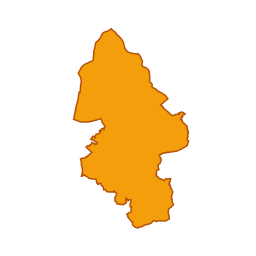 Mintiu Gherlii, Cluj, Romania, rotated 73°
{"feature_id": "2599482B84488457525620", "entity_name": "Mintiu Gherlii", "entity_type": "district", "adm_level": 2, "iso_a3": "ROU", "parent_name": "Romania", "parent_adm1": "Cluj", "projection": "mercator", "projection_center": [23.941, 47.068], "detail": "fine", "context": "isolated", "style": "filled", "palette": "amber", "viewbox_px": 256, "rotation_deg": 73, "n_neighbors": 0, "source": "geoboundaries", "source_scale": "gbopen_adm2", "svg_char_len": 5947}
<svg xmlns="http://www.w3.org/2000/svg" viewBox="0 0 256 256"><g transform="rotate(73 128 128)"><path d="M143.7,182.4L147.3,182.6L149.2,183.3L152.0,183.4L155.8,184.0L156.5,184.3L160.5,186.6L160.7,185.2L159.6,184.4L162.8,181.2L164.9,179.8L165.9,177.9L166.7,175.6L167.3,174.8L167.5,173.5L168.5,173.4L169.9,173.9L171.2,173.9L171.5,173.9L171.9,172.9L172.3,173.4L173.0,173.2L173.3,172.9L173.1,172.0L173.1,171.1L172.9,170.7L173.1,169.9L175.4,170.2L176.3,169.1L177.9,169.0L178.8,169.3L180.0,169.3L180.1,169.2L180.0,167.8L181.5,167.4L182.8,166.6L183.1,166.2L183.4,165.0L183.9,164.2L184.0,163.5L184.3,162.8L184.2,162.5L184.5,162.1L184.6,161.4L185.2,160.6L185.1,160.3L184.3,159.8L184.2,159.6L184.5,159.6L187.7,157.9L188.4,158.6L189.2,159.0L190.4,160.7L190.8,161.0L191.9,161.0L193.7,161.7L194.0,161.5L194.5,161.6L194.7,161.1L195.8,161.0L196.5,160.5L197.5,160.6L197.9,159.1L198.8,157.8L199.5,155.6L200.0,154.7L200.0,154.3L199.2,153.3L199.2,152.6L199.4,152.1L198.7,151.5L198.2,151.3L198.1,150.9L196.5,151.0L196.3,150.7L196.1,150.8L196.3,151.0L196.1,151.0L194.5,150.4L195.4,149.8L195.5,149.5L196.2,149.2L196.9,149.3L197.5,149.0L196.8,148.2L197.4,146.9L197.4,146.4L197.7,146.6L197.8,146.4L198.8,146.5L199.7,147.0L200.9,147.9L201.2,148.2L202.7,148.8L203.7,148.9L204.1,148.8L204.4,148.4L204.6,147.6L205.3,148.0L205.8,148.6L208.7,149.3L209.3,149.9L209.5,153.0L210.1,153.1L210.2,154.4L211.3,153.9L212.1,154.2L212.9,154.2L213.5,153.9L214.3,153.9L215.3,153.2L218.5,152.1L218.6,151.6L219.3,151.2L221.1,151.8L222.1,151.8L224.5,150.5L225.9,148.8L226.5,147.4L226.3,146.6L226.2,144.6L226.5,143.5L225.9,142.2L226.0,141.2L225.6,140.5L225.9,137.8L225.7,137.1L226.1,136.0L226.1,135.7L225.7,134.6L225.6,133.9L225.7,133.5L224.2,131.2L224.4,129.7L225.7,128.5L225.6,127.2L225.8,125.3L226.7,123.1L227.2,121.0L227.9,119.3L227.7,117.7L227.3,116.5L227.0,115.0L226.0,114.9L224.3,114.4L220.9,114.4L219.4,113.5L218.3,113.7L217.0,112.0L216.6,110.8L215.4,108.1L214.3,106.8L212.3,107.5L209.5,106.6L208.8,106.8L208.6,107.2L208.4,107.1L208.2,106.8L205.9,106.3L205.5,105.8L204.9,105.7L204.0,105.2L202.3,103.7L201.2,104.2L199.5,104.2L198.9,104.6L198.3,104.4L198.1,104.5L198.0,104.9L197.3,104.6L194.9,104.3L194.7,104.6L194.7,105.1L194.0,105.4L193.3,104.9L192.8,104.8L192.6,104.5L192.2,104.5L192.1,104.1L192.2,103.9L192.6,104.1L192.2,103.7L191.5,103.5L190.8,103.1L190.4,103.1L188.9,102.0L188.6,102.3L188.7,103.6L188.5,104.0L188.4,105.0L187.6,106.9L187.8,107.4L188.9,108.7L186.3,111.3L185.8,112.4L185.5,112.7L184.4,113.4L183.5,113.6L183.0,113.9L181.9,115.2L181.3,115.0L180.9,114.4L180.4,114.1L179.5,114.1L177.8,113.5L177.5,113.3L176.6,112.0L176.9,110.8L176.7,110.5L175.6,110.7L174.4,110.6L173.9,110.2L171.9,110.0L171.7,109.0L171.2,107.7L169.9,106.6L168.2,105.6L166.9,105.4L163.6,106.2L163.3,106.1L162.7,105.2L162.7,104.9L163.1,103.9L162.2,102.6L162.4,102.0L162.3,101.7L162.5,101.0L162.5,99.6L163.1,98.7L162.6,97.0L163.2,96.3L163.3,95.8L163.2,95.3L163.4,94.7L163.4,93.2L163.9,92.2L163.8,91.5L164.0,90.6L163.9,89.8L164.4,88.9L164.1,85.8L163.8,84.9L163.9,83.0L163.4,82.2L163.1,81.2L162.9,79.3L162.0,76.4L161.4,76.2L161.1,75.8L160.7,75.9L159.4,74.6L157.7,73.8L156.7,75.0L155.7,74.6L155.2,74.3L155.0,73.8L153.9,73.2L152.8,73.3L151.4,72.2L151.1,72.3L150.5,72.0L149.9,72.0L149.7,71.5L149.3,71.7L149.1,71.6L149.0,71.8L148.6,71.6L147.6,71.5L147.5,71.8L147.2,71.6L146.9,71.7L146.6,71.4L145.5,71.7L144.3,71.0L144.0,71.3L143.8,71.1L142.8,71.3L142.2,72.0L140.6,72.6L139.5,73.2L138.7,73.9L137.7,74.1L136.3,73.8L136.1,73.9L136.1,74.4L135.9,74.7L135.2,74.6L135.1,74.9L134.4,74.9L134.1,74.6L133.5,72.5L133.1,72.4L132.3,72.7L131.7,72.0L131.4,70.6L131.7,69.6L131.4,69.4L129.9,70.2L128.7,71.6L128.3,72.4L128.4,73.3L128.5,73.8L129.6,75.1L128.6,75.2L129.2,76.1L129.4,76.7L128.9,78.3L129.0,79.3L129.2,80.7L129.2,81.9L128.4,82.6L126.3,84.0L125.8,84.1L118.8,88.7L118.3,88.2L115.5,90.1L111.7,81.3L107.4,82.9L106.1,84.3L104.0,85.8L100.5,89.6L100.0,89.4L98.8,90.1L98.0,90.8L97.1,92.1L96.3,92.7L95.3,92.9L93.3,92.1L91.3,92.9L90.5,93.5L89.4,93.6L87.4,92.8L84.7,92.0L83.1,91.9L80.0,91.1L78.8,91.5L78.3,91.5L75.4,93.3L74.9,93.9L74.8,94.6L73.6,95.8L72.6,96.4L70.6,95.9L69.5,95.2L68.0,94.6L66.6,95.0L64.8,95.0L62.1,95.6L61.2,96.0L60.6,96.7L60.2,96.5L59.9,96.9L59.3,99.0L57.6,102.7L56.7,104.1L55.1,106.0L51.7,107.6L48.4,107.7L47.2,107.5L44.3,107.4L42.3,107.9L40.2,108.6L38.9,109.4L36.2,110.6L35.1,111.5L33.0,111.9L30.8,113.6L28.1,115.1L28.8,116.5L29.5,118.9L29.6,119.4L29.3,120.7L29.4,122.2L29.6,123.5L30.2,124.8L31.0,125.7L33.2,127.5L34.0,128.4L36.1,131.8L36.2,132.3L37.0,133.8L39.0,135.1L40.7,135.7L44.3,138.0L53.2,141.6L53.6,142.7L53.5,144.3L54.2,148.5L54.4,150.5L55.2,152.8L56.0,154.3L58.8,157.3L61.3,159.6L65.0,158.7L66.4,158.5L70.9,159.3L72.2,160.4L79.8,163.3L79.5,164.3L84.3,166.6L86.0,167.2L87.6,168.5L88.9,169.2L89.5,169.2L90.1,169.9L91.7,171.0L92.6,171.3L92.9,171.7L93.4,171.9L93.9,171.8L94.1,172.0L94.1,172.3L94.8,172.7L95.6,172.9L95.9,173.2L96.8,173.2L97.3,174.0L97.7,174.0L99.9,175.5L100.6,175.6L101.8,176.4L102.8,176.7L103.8,177.5L108.3,171.7L109.7,167.4L110.7,163.4L111.0,159.6L111.2,155.5L111.1,151.2L112.5,151.0L115.6,151.0L119.6,149.5L120.9,150.1L121.0,150.8L120.9,151.5L122.4,151.4L122.4,151.7L121.9,152.0L121.4,152.7L121.1,153.4L121.2,153.9L121.5,154.2L122.7,154.5L122.9,154.8L122.9,155.1L122.2,155.6L122.2,155.9L122.3,156.3L122.8,156.4L123.4,155.9L123.8,155.9L124.5,156.2L124.9,156.6L124.9,157.1L124.7,158.9L124.8,160.6L126.6,161.5L128.1,162.7L128.0,162.9L126.5,161.6L125.9,162.9L126.0,163.3L125.6,164.2L126.2,165.0L127.4,165.7L127.6,166.5L127.9,166.9L128.6,166.2L128.3,165.9L129.7,164.7L131.5,162.9L131.8,163.1L132.4,162.3L132.3,162.2L132.8,161.6L134.2,162.4L134.2,164.4L133.5,164.1L132.1,165.9L131.2,166.7L133.4,168.8L132.9,169.4L133.9,170.4L133.1,172.4L134.2,173.7L135.4,172.9L140.8,169.6L141.9,172.7L142.6,173.1L142.8,174.7L143.3,175.0L143.6,175.3L143.3,176.3L143.3,176.8L144.1,177.6L144.0,179.4L143.5,180.1L143.4,180.7L143.8,181.8L143.7,182.4Z" fill="#f59e0b" stroke="#b45309" stroke-width="1.5"/></g></svg>